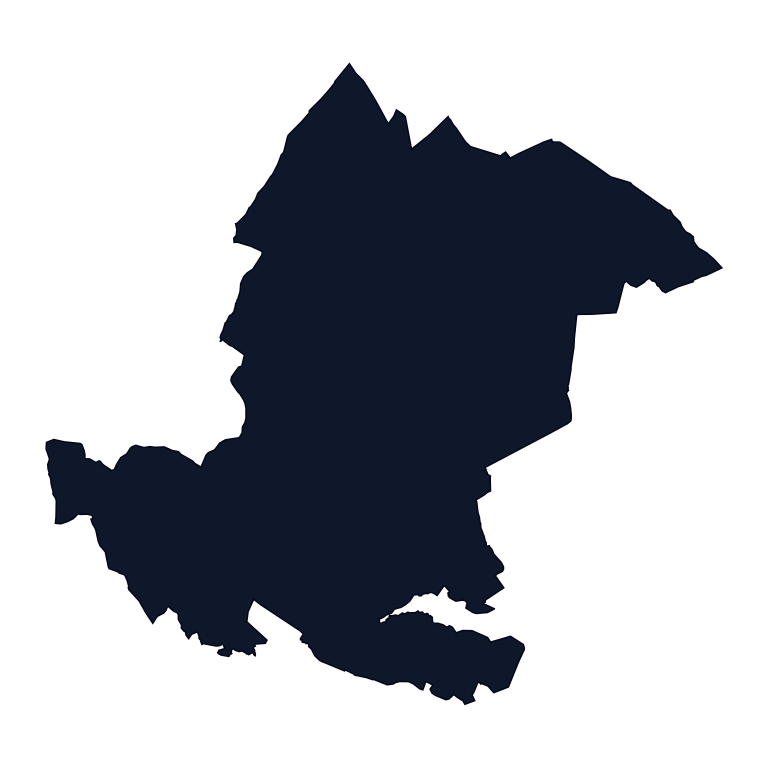 outline of Voinesti, Iasi, Romania
{"feature_id": "2599482B56486568055847", "entity_name": "Voinesti", "entity_type": "district", "adm_level": 2, "iso_a3": "ROU", "parent_name": "Romania", "parent_adm1": "Iasi", "projection": "albers", "projection_center": [27.415, 47.064], "detail": "fine", "context": "isolated", "style": "filled", "palette": "ink", "viewbox_px": 768, "rotation_deg": 0, "n_neighbors": 0, "source": "geoboundaries", "source_scale": "gbopen_adm2", "svg_char_len": 6081}
<svg xmlns="http://www.w3.org/2000/svg" viewBox="0 0 768 768"><path d="M46.5,442.4L46.1,449.0L49.1,457.7L49.4,459.7L47.7,464.5L48.1,469.1L49.1,472.2L48.8,474.3L50.7,478.6L51.1,483.6L53.1,491.9L52.9,494.1L55.6,498.2L56.3,501.1L56.0,517.2L55.4,523.3L60.8,523.8L68.0,521.4L73.3,518.6L78.2,513.8L80.1,514.4L87.0,514.2L91.9,515.3L92.7,516.7L92.6,519.0L91.0,519.1L92.6,524.1L95.0,528.0L96.0,530.7L98.1,540.8L100.0,545.7L105.3,551.9L108.3,566.8L109.1,568.6L117.4,571.6L119.4,573.1L123.7,574.5L125.0,575.6L127.2,580.6L128.7,586.2L128.3,587.7L128.8,589.6L139.1,600.9L145.7,612.6L152.8,623.3L156.4,617.5L157.9,616.0L163.8,613.0L166.2,610.0L167.1,607.2L168.3,606.5L174.0,611.5L176.8,612.5L177.8,613.6L178.3,615.0L178.4,619.5L181.6,625.2L181.3,628.0L183.6,630.8L185.6,632.2L186.0,635.0L188.7,638.7L191.7,634.2L197.1,632.0L197.9,632.6L198.4,634.8L199.1,635.8L199.0,638.0L199.4,639.0L201.3,640.7L201.5,641.2L200.8,641.6L201.9,644.4L203.4,643.6L216.1,646.0L219.2,645.8L221.3,644.8L222.2,643.6L223.2,644.1L223.3,645.2L224.7,648.0L223.6,649.0L219.0,650.2L217.7,652.6L218.7,653.8L221.1,655.1L228.9,656.4L229.6,654.8L231.8,653.5L231.2,652.3L231.8,649.2L234.3,648.9L234.8,650.1L239.0,651.6L241.9,651.0L245.8,652.9L246.5,654.0L247.4,653.8L248.8,654.7L252.8,652.3L254.2,655.1L255.2,655.7L255.4,654.4L254.5,650.9L254.6,650.1L253.4,648.4L253.8,646.6L255.3,646.1L254.6,644.8L255.0,644.1L265.3,643.3L267.0,640.2L246.8,621.7L248.1,611.6L253.7,599.3L260.5,604.6L300.1,630.8L303.4,634.0L300.6,638.3L300.4,639.7L302.4,640.2L302.0,641.3L302.3,642.2L305.3,642.7L306.0,643.6L307.2,643.3L308.6,644.3L308.9,646.8L311.4,649.0L314.7,655.6L319.7,660.4L321.3,661.3L344.6,670.9L345.1,669.8L353.7,674.0L354.7,675.1L366.2,677.5L372.8,679.7L373.9,679.5L387.2,684.8L393.1,684.0L395.9,682.4L399.7,681.5L408.4,681.6L413.0,683.6L419.7,688.8L422.8,689.9L424.9,684.4L424.4,683.9L426.3,681.7L432.3,684.7L432.5,685.6L430.1,689.1L432.1,693.2L435.3,695.3L445.8,699.7L448.9,699.0L453.9,694.5L457.1,697.2L462.9,700.8L464.9,704.3L474.7,700.6L472.1,695.0L473.8,692.3L477.9,682.3L479.3,682.3L480.8,684.1L481.9,683.0L482.6,683.9L488.0,686.1L493.8,692.7L508.4,687.0L518.4,662.2L524.3,649.5L524.2,647.4L523.3,644.5L510.5,636.3L491.0,642.0L490.2,641.5L487.6,637.5L472.1,630.7L462.7,630.5L456.2,632.8L452.3,627.1L449.3,625.7L446.9,627.3L442.9,624.7L437.7,623.2L434.0,623.4L432.5,621.6L432.3,617.3L430.1,615.5L428.6,615.8L428.1,614.0L427.1,613.5L423.0,614.3L422.7,614.0L423.1,612.8L422.4,612.0L419.5,612.6L418.0,611.0L415.5,612.6L410.3,612.9L407.8,612.2L405.0,613.9L402.3,613.0L398.4,615.7L395.2,615.0L392.3,615.8L389.6,615.5L389.2,616.3L389.4,618.0L388.2,618.1L386.0,620.0L386.2,621.3L385.9,621.8L383.2,622.2L381.5,623.4L379.6,622.8L379.2,618.8L380.9,618.6L384.5,616.6L385.9,615.2L391.7,613.0L394.1,609.6L395.1,608.9L401.1,607.3L405.0,605.0L409.7,601.2L413.6,595.3L414.4,594.9L418.5,594.6L419.0,595.8L420.2,595.9L421.8,595.5L422.0,594.4L425.2,593.5L427.8,593.6L430.6,592.3L433.4,593.1L437.1,595.5L444.0,585.8L445.0,586.2L448.5,590.2L449.3,590.3L449.1,592.4L448.3,592.6L447.9,593.4L448.8,594.8L448.2,595.1L448.2,595.7L449.7,597.7L455.8,601.2L461.8,600.2L464.8,600.5L466.9,602.5L467.1,603.1L465.9,608.1L473.0,612.5L476.3,613.5L487.5,612.5L494.0,609.2L494.3,608.7L483.0,603.5L483.8,602.4L485.1,602.3L485.4,600.0L503.8,587.8L495.5,576.1L496.4,574.4L502.4,571.4L503.5,569.3L503.5,566.8L501.4,562.6L493.7,554.0L492.0,549.5L489.6,546.8L489.4,545.8L487.0,546.2L486.2,545.1L486.3,542.7L485.4,541.7L483.9,535.5L483.0,534.2L483.1,533.6L480.8,527.7L480.6,523.2L479.9,521.9L479.4,517.2L478.0,512.6L476.7,501.7L475.8,500.0L484.2,495.0L487.1,492.5L490.5,491.0L490.2,477.8L490.5,476.1L487.8,474.5L485.1,467.4L551.0,432.6L567.8,423.4L570.8,420.9L571.2,419.1L571.2,414.3L570.5,407.6L569.4,401.6L566.4,393.7L567.1,391.9L568.5,390.3L568.0,389.3L568.2,387.5L567.8,385.7L568.5,384.4L571.0,369.5L571.0,366.8L573.9,347.3L574.3,338.6L576.7,315.0L578.0,314.4L592.3,314.2L616.0,312.7L617.8,307.2L623.8,283.7L626.2,281.0L630.7,285.1L636.5,287.2L644.5,282.1L645.9,280.4L649.2,278.2L652.4,281.0L654.7,281.4L656.4,283.3L656.7,284.7L657.9,286.1L659.3,286.7L662.0,290.7L665.4,292.7L678.1,286.7L693.3,281.7L692.8,280.5L701.9,276.3L706.3,275.3L721.9,267.9L713.9,259.2L706.4,252.7L698.8,248.3L697.4,246.9L693.8,241.7L693.3,236.8L689.9,233.9L686.1,232.0L684.4,230.2L682.0,226.8L680.1,222.2L673.0,215.2L670.2,210.2L668.2,210.3L665.9,208.8L632.3,185.0L630.5,182.8L610.6,176.8L587.4,160.4L560.1,142.2L552.4,141.9L551.6,139.4L544.3,141.8L518.7,153.6L510.3,158.1L505.6,152.1L502.1,154.4L500.9,156.0L470.4,146.6L465.3,141.6L456.3,128.3L453.4,124.9L450.5,119.8L448.4,117.7L448.1,116.6L429.7,134.6L411.5,149.2L405.3,116.6L403.0,114.3L396.4,109.9L393.7,116.4L388.3,123.9L374.8,99.2L364.9,83.2L363.1,80.6L355.6,73.0L349.4,63.7L334.9,81.5L334.7,82.8L329.2,89.8L321.1,99.0L309.4,110.6L309.0,113.2L301.9,121.4L288.3,135.1L287.4,137.3L283.9,151.4L283.0,153.2L281.2,155.0L277.9,164.0L272.4,174.6L270.6,176.6L264.5,186.1L257.8,193.4L255.6,199.2L250.3,207.2L249.3,207.4L245.9,214.5L237.1,223.4L235.6,223.7L236.9,229.5L236.2,235.5L233.7,238.2L234.1,242.4L237.5,242.2L251.0,246.3L261.5,251.2L262.4,252.8L261.5,255.6L252.8,269.2L247.4,272.7L243.9,276.4L240.7,283.5L240.1,291.4L237.8,299.1L237.0,300.1L236.9,301.5L235.7,303.4L235.3,306.2L233.9,311.5L232.1,314.0L229.4,315.8L226.4,322.1L225.2,322.9L223.1,330.2L220.7,335.3L220.2,337.8L221.2,338.8L220.4,341.2L221.0,341.2L221.9,339.2L229.8,345.4L232.4,346.3L244.4,354.9L241.8,366.1L238.6,367.1L231.6,376.9L230.9,380.3L232.4,384.0L237.9,391.9L239.7,393.7L243.6,399.9L245.0,403.2L246.0,408.2L246.0,418.2L244.9,422.7L242.5,426.8L242.1,432.9L239.2,437.7L225.5,439.8L219.9,442.9L214.6,449.9L208.4,452.6L206.1,455.1L201.0,467.2L194.5,463.2L193.4,461.7L191.1,460.1L181.1,454.5L178.4,451.6L172.5,450.6L164.2,446.9L155.1,447.3L149.9,446.6L143.9,447.6L135.8,445.3L132.2,446.7L130.3,448.2L126.8,453.8L120.8,457.6L116.5,464.5L114.4,469.5L111.7,470.5L103.1,464.7L100.1,461.2L99.1,460.9L95.8,462.5L89.6,458.9L85.5,458.9L84.9,457.8L84.9,454.5L84.1,450.6L81.9,444.7L80.3,443.5L64.6,441.9L53.8,439.5L46.5,442.4Z" fill="#0f172a" stroke="#020617" stroke-width="1.5"/></svg>